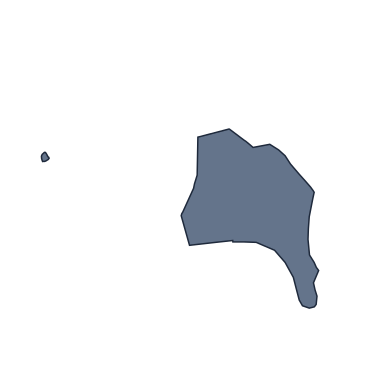 outline of Olorunsogo, Oyo, Nigeria, rotated 109°
{"feature_id": "59680162B59717618896779", "entity_name": "Olorunsogo", "entity_type": "district", "adm_level": 2, "iso_a3": "NGA", "parent_name": "Nigeria", "parent_adm1": "Oyo", "projection": "albers", "projection_center": [4.137, 8.508], "detail": "fine", "context": "isolated", "style": "filled", "palette": "slate", "viewbox_px": 384, "rotation_deg": 109, "n_neighbors": 0, "source": "geoboundaries", "source_scale": "gbopen_adm2", "svg_char_len": 1393}
<svg xmlns="http://www.w3.org/2000/svg" viewBox="0 0 384 384"><g transform="rotate(109 192 192)"><path d="M225.0,46.7L222.8,49.9L218.8,53.6L213.3,60.4L199.0,66.9L188.9,70.0L177.2,73.1L159.2,75.6L152.5,76.4L151.2,78.0L148.8,81.4L145.4,87.3L140.2,96.6L133.5,108.0L127.4,115.8L124.0,123.8L121.6,134.0L130.0,148.8L128.4,152.7L126.5,157.8L126.0,159.8L120.4,177.0L120.4,177.5L138.2,204.3L174.4,192.6L183.5,192.3L188.0,191.7L214.0,194.2L215.7,194.6L217.9,194.5L243.2,177.0L240.3,170.9L231.6,152.6L224.6,137.7L225.9,137.1L224.9,134.2L223.6,130.4L222.1,126.0L218.7,114.9L219.0,111.0L220.2,95.0L228.3,81.0L239.7,68.4L250.6,61.2L259.3,55.4L263.6,50.5L263.6,43.3L261.8,40.5L260.7,38.9L257.9,38.0L249.8,39.9L244.5,43.8L238.3,47.6L225.0,46.7ZM202.8,344.6L203.1,344.7L203.6,345.0L204.6,345.5L205.0,345.8L206.1,346.0L206.3,346.0L207.2,346.0L209.1,345.2L210.6,344.2L211.8,343.2L211.5,342.7L211.4,342.4L211.3,341.8L210.9,341.1L210.4,340.5L209.7,339.8L209.1,339.4L208.6,339.0L208.3,338.7L208.0,338.5L207.8,338.5L207.7,338.4L207.4,338.3L207.1,338.3L206.8,338.2L206.7,338.1L206.4,338.2L206.3,338.3L206.2,338.5L206.0,338.8L205.9,338.9L205.7,339.0L205.7,339.3L205.7,339.5L205.5,339.8L205.4,339.9L205.3,340.0L205.2,340.2L205.0,340.4L204.9,340.5L204.7,340.5L204.4,340.9L204.3,341.0L203.7,341.6L203.4,342.0L203.0,342.5L202.4,343.3L202.3,344.0L202.8,344.6Z" fill="#64748b" stroke="#1e293b" stroke-width="1.5"/></g></svg>